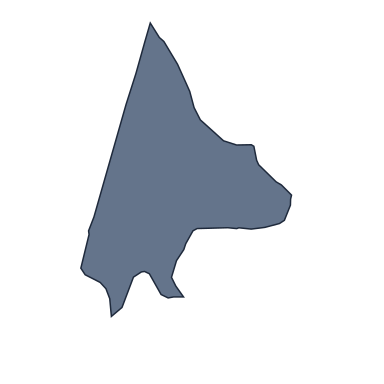 Ciudad Vieja, Sacatepéquez, Guatemala (Natural Earth projection), rotated 200°
{"feature_id": "79465075B53030566243177", "entity_name": "Ciudad Vieja", "entity_type": "district", "adm_level": 2, "iso_a3": "GTM", "parent_name": "Guatemala", "parent_adm1": "Sacatepéquez", "projection": "natural_earth1", "projection_center": [-90.781, 14.507], "detail": "fine", "context": "isolated", "style": "filled", "palette": "slate", "viewbox_px": 384, "rotation_deg": 200, "n_neighbors": 0, "source": "geoboundaries", "source_scale": "gbopen_adm2", "svg_char_len": 824}
<svg xmlns="http://www.w3.org/2000/svg" viewBox="0 0 384 384"><g transform="rotate(200 192 192)"><path d="M289.0,336.5L287.7,317.1L285.2,284.0L283.9,251.7L275.6,135.0L275.9,120.1L274.2,116.9L270.4,82.4L264.1,77.7L247.3,75.6L239.8,71.7L232.8,63.6L225.2,47.5L218.3,59.6L217.9,92.0L212.2,99.6L209.4,101.1L204.1,100.6L186.0,85.1L178.2,84.3L173.4,87.1L164.1,90.5L175.1,98.1L182.1,104.8L183.1,122.2L180.0,135.1L180.2,141.2L177.8,155.9L174.7,159.4L146.1,170.7L137.5,172.9L135.7,174.4L123.7,177.4L113.7,182.5L111.4,183.7L99.0,192.3L95.5,197.0L95.0,213.3L96.9,219.0L97.4,223.1L110.4,229.2L116.4,230.3L138.7,240.4L142.1,243.9L149.5,256.1L152.4,256.7L166.2,251.4L179.9,250.9L208.8,262.6L218.9,272.0L228.5,285.7L233.9,291.3L249.3,307.1L269.9,323.8L275.5,326.0L289.0,336.5Z" fill="#64748b" stroke="#1e293b" stroke-width="1.5"/></g></svg>